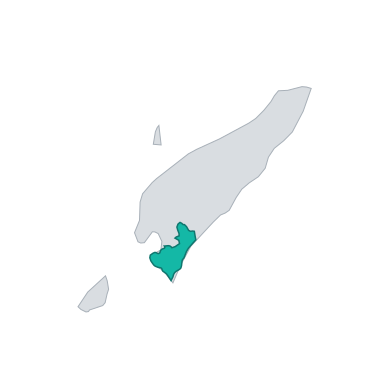 where Cova Lima sits in East Timor, rotated 335°
{"feature_id": "TLS-548", "entity_name": "Cova Lima", "entity_type": "District", "adm_level": 1, "iso_a3": "TLS", "parent_name": "East Timor", "parent_adm1": "", "projection": "natural_earth1", "projection_center": [125.199, -9.26], "detail": "fine", "context": "in_parent", "style": "filled", "palette": "teal", "viewbox_px": 384, "rotation_deg": 335, "n_neighbors": 0, "source": "natural_earth", "source_scale": "10m", "svg_char_len": 1914}
<svg xmlns="http://www.w3.org/2000/svg" viewBox="0 0 384 384"><g transform="rotate(335 192 192)"><path d="M136.3,266.3L133.0,252.2L129.6,246.1L127.0,242.7L126.1,238.4L126.2,234.0L127.8,231.9L139.3,231.4L143.8,224.1L143.8,215.4L141.5,212.5L139.3,211.3L127.4,217.8L124.0,216.6L122.0,214.3L122.7,204.6L132.4,195.6L140.7,179.2L146.5,172.7L160.0,166.6L165.5,164.9L204.8,155.9L214.2,155.3L239.2,155.5L272.5,153.6L280.8,152.3L291.5,148.4L301.8,143.4L307.3,139.6L313.1,136.8L321.7,140.3L336.2,143.0L340.2,145.3L343.8,148.5L326.9,165.8L308.3,180.0L296.8,184.3L285.0,187.2L276.0,192.7L268.4,201.4L258.6,206.2L247.7,207.9L238.3,210.5L229.8,215.6L218.0,224.3L213.2,225.1L208.1,224.9L198.4,228.3L167.9,240.7L149.5,254.5L136.3,266.3ZM40.2,247.8L55.3,238.6L78.2,231.4L77.6,236.7L75.3,244.9L71.8,248.7L66.5,255.6L63.1,257.2L49.3,255.6L47.6,256.6L45.2,255.9L41.7,251.5L40.2,247.8ZM190.1,117.7L183.9,136.3L177.1,132.4L184.3,121.9L187.8,118.8L190.1,117.7Z" fill="#d9dde1" stroke="#a8b0b8" stroke-width="1"/><path d="M143.2,231.3L143.9,230.9L144.2,229.9L144.1,229.3L144.6,229.5L147.8,230.6L149.1,231.5L149.8,232.6L150.2,234.0L153.6,234.4L158.9,233.5L159.6,230.2L157.1,226.6L158.7,226.1L161.8,226.3L162.7,224.2L163.0,220.2L163.5,217.4L165.7,215.2L168.1,214.5L168.3,214.5L169.5,216.1L170.1,217.7L171.4,218.4L172.4,221.1L172.7,225.3L174.0,227.0L176.0,227.6L177.5,228.6L176.0,233.9L175.3,236.9L165.2,241.3L161.8,243.6L157.0,248.2L154.5,249.5L153.3,251.1L151.6,254.0L150.6,255.3L149.6,256.3L148.2,256.8L143.9,257.2L142.1,257.8L140.5,258.9L138.9,260.8L135.6,263.4L134.6,256.8L134.2,255.2L132.1,251.4L132.0,250.6L132.2,248.9L132.1,248.2L131.6,247.5L129.6,246.1L127.4,243.8L126.7,242.6L126.2,240.7L125.6,237.0L126.0,233.8L127.5,231.6L130.6,231.0L132.5,231.0L133.1,231.2L133.8,231.8L134.9,233.2L135.5,233.6L136.8,233.7L137.6,233.1L138.4,232.1L139.9,231.2L140.9,231.1L143.2,231.3Z" fill="#14b8a6" stroke="#0f766e" stroke-width="1.5"/></g></svg>